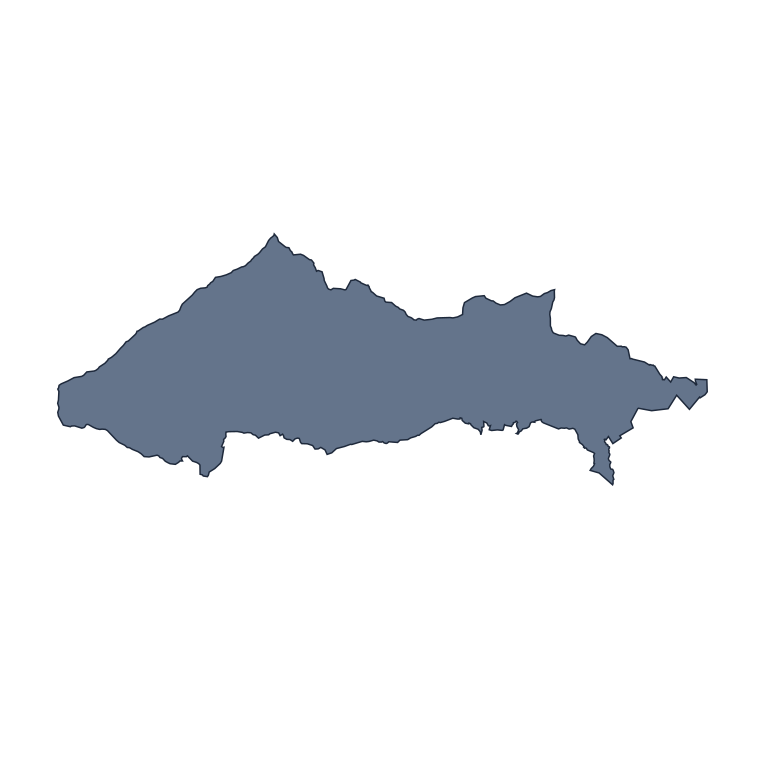 the district of Dumitrita, Bistrita-Nasaud, Romania, rotated 193°
{"feature_id": "2599482B55975962781484", "entity_name": "Dumitrita", "entity_type": "district", "adm_level": 2, "iso_a3": "ROU", "parent_name": "Romania", "parent_adm1": "Bistrita-Nasaud", "projection": "mercator", "projection_center": [24.726, 47.079], "detail": "fine", "context": "isolated", "style": "filled", "palette": "slate", "viewbox_px": 768, "rotation_deg": 193, "n_neighbors": 0, "source": "geoboundaries", "source_scale": "gbopen_adm2", "svg_char_len": 6157}
<svg xmlns="http://www.w3.org/2000/svg" viewBox="0 0 768 768"><g transform="rotate(193 384 384)"><path d="M524.7,505.5L524.7,503.9L527.3,500.6L528.7,497.9L530.4,491.0L532.8,488.2L534.9,483.8L536.2,481.9L539.1,479.0L539.3,478.0L541.0,475.3L541.5,473.8L543.6,471.4L545.6,468.1L547.4,466.7L549.1,466.0L552.9,462.9L556.4,460.7L557.9,458.1L562.2,454.9L567.1,452.1L572.2,450.0L573.9,445.5L575.8,443.5L576.2,442.4L577.9,440.2L578.2,438.5L579.8,437.5L584.3,436.0L587.3,433.9L589.2,430.8L590.8,427.5L598.5,416.4L599.2,413.6L599.7,409.9L600.9,407.7L609.1,402.0L614.5,397.3L617.2,396.8L621.5,392.6L627.8,387.9L629.7,385.9L631.3,384.9L635.5,380.3L636.5,379.9L636.8,377.7L637.4,376.4L642.8,368.4L644.8,367.1L646.6,363.0L648.8,359.5L652.1,353.2L655.6,348.6L658.3,346.2L658.5,345.0L660.6,341.4L665.2,336.6L665.9,334.8L667.6,332.7L669.2,331.5L676.3,328.9L678.6,324.9L680.3,323.4L687.4,320.5L692.8,315.8L698.6,311.5L700.3,309.6L700.2,307.0L700.7,305.7L699.1,303.6L697.6,295.1L697.6,291.7L695.5,288.2L695.2,286.4L695.5,283.0L694.0,279.5L687.2,271.8L680.0,271.8L679.1,272.7L676.1,273.6L668.5,273.0L666.5,274.1L665.9,274.9L665.1,277.2L664.4,277.8L662.9,278.0L657.5,276.4L654.2,275.8L650.8,275.8L648.6,276.6L645.3,277.1L643.0,276.4L632.1,269.1L628.9,267.4L622.8,266.0L619.9,264.4L617.7,264.7L614.5,263.7L608.3,262.7L604.7,261.3L601.4,259.3L596.5,260.1L589.1,263.6L587.3,263.3L585.8,262.0L583.0,261.7L579.7,259.5L576.8,258.7L574.5,258.2L569.2,258.8L566.5,261.5L565.5,263.1L563.0,263.7L564.3,265.2L564.6,266.1L564.0,267.9L560.3,268.7L559.4,269.8L553.2,265.8L548.9,265.4L546.6,264.7L545.1,263.6L542.9,254.7L540.5,254.6L539.4,253.7L535.2,254.0L534.6,255.7L534.5,258.9L529.9,263.5L525.7,269.8L524.9,272.3L525.7,286.4L526.8,285.9L528.2,286.5L527.2,292.0L527.8,293.9L526.7,295.5L526.1,297.2L526.9,299.7L527.1,301.6L524.7,302.6L516.3,304.7L511.2,305.0L509.5,304.6L506.1,306.0L502.8,306.5L500.1,305.2L497.8,305.2L494.1,303.0L488.8,307.4L484.9,308.6L484.1,309.8L478.9,312.6L475.7,312.7L473.6,310.3L471.5,312.3L470.2,311.0L469.3,309.1L466.3,308.2L463.1,308.7L460.1,307.6L458.2,310.7L455.9,311.9L454.3,311.9L452.2,308.4L450.8,307.4L445.3,308.5L439.7,308.0L436.6,305.1L433.5,306.0L431.3,308.0L426.6,306.5L423.6,302.6L419.4,305.2L415.8,310.4L408.5,314.2L403.1,317.7L401.8,317.8L392.3,323.2L388.3,323.7L385.7,324.6L381.4,327.0L377.8,327.0L376.0,326.3L373.5,326.8L372.4,327.6L370.6,326.6L368.5,326.5L367.4,327.2L366.3,328.8L357.6,330.1L355.8,332.9L348.4,335.1L345.9,337.5L341.3,340.1L339.8,341.6L338.3,341.9L336.8,344.0L327.9,352.9L325.2,356.9L323.3,357.6L321.9,359.1L320.6,359.0L316.6,361.2L309.3,366.1L304.3,366.4L302.1,367.0L302.2,368.2L300.5,368.1L299.6,366.1L296.0,364.1L292.5,364.2L292.5,365.0L290.8,364.8L290.0,363.7L286.6,361.6L282.1,361.1L279.5,359.2L278.2,356.3L278.0,360.9L279.0,363.7L277.3,364.6L277.1,365.3L278.5,369.9L275.0,369.1L273.0,366.8L271.8,366.8L270.9,367.4L271.2,363.1L268.7,362.9L263.2,364.8L258.4,365.4L257.6,366.0L257.4,371.5L256.1,371.1L250.2,371.3L249.8,372.9L249.1,374.0L249.2,375.5L247.9,375.8L247.0,377.5L246.2,377.4L245.3,376.5L245.6,376.2L245.8,374.5L244.9,372.4L242.5,369.7L243.0,366.4L243.9,365.6L242.2,365.3L241.7,366.1L241.5,367.6L239.7,369.2L238.6,371.6L235.0,373.1L233.0,375.1L232.5,379.0L231.9,379.7L231.1,380.3L228.9,380.6L229.3,380.9L228.7,381.1L228.3,382.1L223.0,384.8L222.7,384.6L222.8,384.0L221.8,382.8L220.0,382.0L203.8,379.5L201.5,381.0L198.1,381.5L196.4,382.3L193.5,381.7L190.0,383.3L187.9,382.9L183.7,378.2L182.4,374.1L180.4,371.6L180.4,371.0L177.0,369.6L174.9,367.8L175.2,367.3L174.0,366.6L173.3,367.0L172.4,366.9L171.0,365.5L164.5,364.3L163.2,363.7L163.6,361.0L162.6,358.8L161.9,356.4L161.7,354.0L160.9,353.7L161.4,351.0L163.1,348.2L163.7,346.2L154.4,345.7L138.6,337.2L138.4,338.4L139.2,341.8L138.6,342.8L140.5,346.0L140.0,349.3L141.2,351.4L142.1,352.3L143.8,352.1L144.8,353.3L145.4,354.3L145.9,356.3L145.4,358.4L145.6,359.1L147.4,360.0L148.4,361.3L148.6,362.2L148.1,365.6L148.2,366.4L149.5,367.9L149.6,369.6L150.2,370.3L150.4,371.3L149.9,372.5L150.2,373.4L151.6,373.7L152.2,374.8L152.9,375.2L153.8,375.0L154.6,376.2L156.1,377.3L156.3,379.1L156.8,379.6L156.2,380.0L155.1,379.6L153.5,383.3L147.6,377.4L140.7,384.8L142.6,386.6L131.4,397.3L135.0,402.9L131.1,417.2L130.6,417.6L117.2,418.2L101.6,423.8L96.3,438.9L80.7,428.0L73.6,442.2L72.9,441.6L68.8,445.8L67.3,449.1L70.4,460.8L81.8,458.7L81.2,456.9L79.2,454.0L79.7,453.2L82.2,455.1L90.9,458.3L97.8,456.2L103.4,456.2L105.1,450.4L110.6,454.3L111.7,451.2L113.6,450.9L113.9,451.4L113.8,452.3L114.6,452.7L114.8,453.7L117.4,455.5L124.2,462.4L125.1,462.4L126.1,463.0L126.6,462.6L129.2,462.8L129.4,462.2L130.2,462.3L135.1,464.0L147.7,464.2L148.3,464.5L150.0,464.0L153.8,472.2L156.3,474.3L158.2,474.4L160.2,473.8L161.2,474.2L165.2,473.2L176.8,479.4L182.8,481.0L188.9,480.9L192.7,476.9L195.3,470.6L197.3,467.3L201.6,467.4L205.6,470.1L207.8,472.6L208.4,472.9L215.1,473.2L217.6,471.6L220.5,471.6L224.3,470.9L230.1,471.8L230.8,472.1L232.6,474.1L233.5,476.1L234.9,477.9L236.7,485.5L238.1,489.0L238.5,491.7L237.9,495.1L238.0,501.9L237.3,504.1L237.3,506.5L239.0,513.1L239.0,514.3L242.3,512.6L245.3,509.8L248.1,508.2L251.3,504.5L253.9,503.5L258.9,503.1L265.6,504.6L275.8,497.5L279.7,492.8L284.5,488.5L288.4,487.2L293.1,488.0L296.3,489.5L298.0,489.2L304.0,490.5L306.2,492.6L314.5,489.8L317.3,487.7L323.9,481.4L324.2,476.0L323.1,469.4L327.4,465.9L331.7,463.9L334.7,463.6L347.2,460.3L351.8,457.9L359.2,455.3L364.6,455.7L366.2,454.7L366.9,453.5L368.8,453.3L369.6,453.3L370.7,454.1L372.7,454.8L375.9,455.2L378.1,456.9L379.6,458.9L381.6,460.2L385.7,460.7L387.2,461.8L390.2,462.5L394.9,465.1L400.5,464.2L401.9,465.0L403.2,467.6L411.0,468.1L415.9,470.8L417.3,471.1L417.8,472.0L420.0,474.5L420.4,475.5L421.9,476.8L422.3,476.2L424.0,476.3L429.4,477.4L429.9,478.0L435.6,479.4L436.6,478.5L439.5,477.4L442.2,467.6L443.2,466.9L447.8,467.0L454.9,465.8L456.9,463.8L459.4,464.0L460.8,465.1L461.6,466.5L465.5,471.4L466.2,473.4L469.6,479.4L473.8,479.8L475.1,478.7L477.2,481.9L479.4,484.2L479.5,486.0L482.6,488.5L484.6,488.4L491.3,491.2L494.5,491.7L501.3,489.4L503.2,491.3L503.2,491.7L505.3,493.0L507.3,495.4L510.0,495.1L511.0,495.4L518.8,499.1L520.9,502.7L524.7,505.5Z" fill="#64748b" stroke="#1e293b" stroke-width="1.5"/></g></svg>